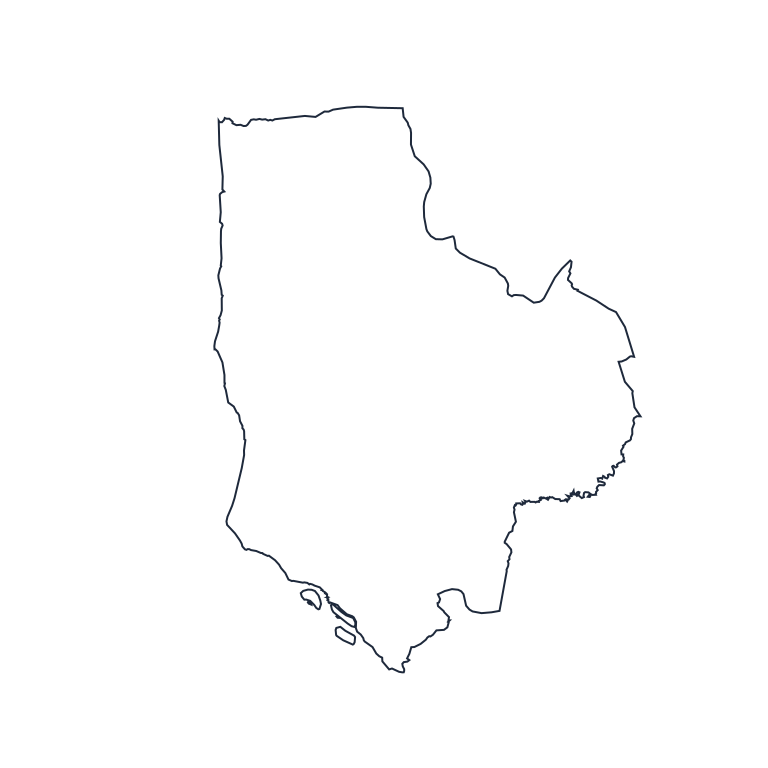 outline of Tanah Bumbu, Kalimantan Selatan, Indonesia, rotated 112°
{"feature_id": "22746128B5843223707622", "entity_name": "Tanah Bumbu", "entity_type": "district", "adm_level": 2, "iso_a3": "IDN", "parent_name": "Indonesia", "parent_adm1": "Kalimantan Selatan", "projection": "albers", "projection_center": [115.836, -3.459], "detail": "fine", "context": "isolated", "style": "outline", "palette": "slate", "viewbox_px": 768, "rotation_deg": 112, "n_neighbors": 0, "source": "geoboundaries", "source_scale": "gbopen_adm2", "svg_char_len": 6171}
<svg xmlns="http://www.w3.org/2000/svg" viewBox="0 0 768 768"><g transform="rotate(112 384 384)"><path d="M121.3,470.0L130.1,493.1L133.7,504.4L137.0,512.7L141.7,522.0L148.7,534.0L152.2,537.4L153.7,541.3L162.0,547.5L165.1,557.8L179.4,584.4L181.5,586.2L181.7,588.4L183.1,590.1L182.9,593.1L184.5,596.0L184.9,598.8L186.9,601.6L187.4,603.9L188.9,606.2L194.8,607.7L196.4,608.7L197.4,610.8L197.4,614.1L199.3,617.8L199.0,622.2L197.5,622.6L196.0,626.8L197.0,629.3L197.0,631.3L199.0,631.2L202.0,632.3L202.8,634.5L201.8,635.9L224.1,626.2L251.9,611.3L264.2,606.7L265.4,604.2L266.6,605.8L269.1,607.2L270.4,607.1L285.9,599.7L295.2,596.9L296.1,594.1L297.5,593.0L301.0,593.1L303.4,592.4L314.5,588.1L328.3,581.7L335.4,579.7L335.8,579.0L338.3,579.3L345.3,578.3L348.0,577.0L358.2,569.8L362.1,567.9L362.5,566.6L365.3,566.6L376.6,561.9L381.5,561.3L384.8,561.7L385.7,560.5L387.1,560.6L388.7,559.4L391.9,558.6L397.6,557.4L407.7,556.7L412.4,555.5L415.4,554.1L415.0,553.3L416.2,550.4L424.5,541.9L435.4,535.3L442.8,532.3L442.9,531.7L445.7,531.3L448.7,528.5L459.5,521.5L461.2,514.8L465.6,509.9L465.7,508.8L467.3,506.6L472.5,503.5L475.8,499.6L478.1,498.7L478.8,497.1L480.2,496.0L487.6,492.8L487.9,491.5L498.1,488.9L502.2,487.1L515.2,484.4L545.9,479.8L553.9,479.2L565.8,479.4L570.4,478.6L573.4,476.7L578.3,466.2L583.1,458.9L585.3,456.2L587.7,454.4L589.4,451.0L589.3,449.4L588.2,448.6L587.6,447.0L587.8,445.1L586.7,439.9L586.8,434.9L586.3,433.3L586.8,432.5L587.0,427.5L586.3,426.4L588.2,419.0L590.8,413.6L593.3,410.4L596.2,404.7L601.1,399.3L601.2,395.6L600.5,394.4L598.6,384.8L597.8,383.6L597.1,380.5L597.8,378.2L597.0,377.7L596.7,375.4L596.8,374.0L597.6,373.9L597.0,373.7L596.6,367.4L597.8,364.6L598.4,364.7L598.2,363.6L598.8,363.2L599.2,360.7L599.8,360.5L599.4,360.1L599.9,358.8L600.5,358.8L600.5,357.9L602.5,357.2L602.6,356.2L603.1,356.8L603.0,356.0L603.7,356.4L604.4,356.0L604.5,355.1L605.5,355.3L605.4,354.6L607.1,353.7L606.9,352.3L607.5,352.5L607.5,352.3L606.7,352.0L606.4,344.2L608.5,340.7L611.4,332.2L611.2,326.4L611.7,324.6L614.9,320.8L620.8,318.7L623.7,316.1L625.0,311.7L627.4,308.0L629.2,306.7L630.0,305.4L632.2,296.1L636.8,290.2L638.2,286.4L638.4,283.2L641.8,281.6L646.7,272.3L644.8,270.0L645.2,262.2L644.5,259.0L643.9,257.7L642.5,257.8L640.8,258.5L638.8,260.8L636.6,262.2L634.5,261.5L632.6,258.3L630.5,257.1L629.8,259.8L624.7,259.4L617.8,260.1L616.5,257.3L611.3,252.7L605.4,249.4L602.8,248.8L600.9,247.6L600.7,246.4L598.2,244.7L592.8,243.1L589.5,236.3L585.9,234.1L580.9,234.7L580.7,235.5L578.5,234.5L578.9,235.7L575.8,236.4L573.1,242.6L572.2,243.6L569.7,250.7L567.1,252.3L565.9,251.2L562.4,251.4L558.8,255.3L553.2,250.1L548.7,244.1L547.0,238.2L547.3,234.7L549.0,231.6L558.8,224.8L561.1,220.3L561.7,216.7L559.9,207.7L555.4,198.8L551.1,191.9L511.5,200.1L510.4,200.8L506.2,200.7L503.6,201.4L501.9,202.9L499.5,202.0L497.5,203.1L492.4,202.8L489.8,204.2L486.5,210.3L486.0,212.6L485.0,213.0L475.0,212.3L472.2,209.9L467.7,211.1L462.3,210.1L454.2,215.5L451.6,215.9L449.9,217.3L447.3,217.3L447.4,216.5L446.3,216.3L445.2,216.7L443.6,213.1L444.3,211.9L444.2,210.5L443.3,210.2L441.7,211.2L442.2,208.7L440.4,208.5L439.6,209.5L439.5,207.4L437.8,205.8L438.5,204.1L436.9,200.4L437.0,199.0L436.1,198.6L435.3,196.3L434.6,196.8L432.9,195.3L431.6,196.9L430.6,196.5L430.5,195.4L431.5,195.7L431.6,195.1L430.6,194.4L430.1,194.6L430.2,193.7L429.4,193.3L429.6,191.4L428.0,189.7L428.1,189.2L429.7,189.5L429.9,188.6L426.7,188.1L426.7,186.6L425.9,185.6L426.5,182.1L425.0,178.0L426.4,176.4L424.5,173.1L423.7,172.9L423.4,172.2L424.4,170.2L423.5,170.1L422.5,171.4L421.9,169.5L420.4,169.1L418.9,172.2L418.7,170.2L417.7,168.2L416.7,169.2L415.7,167.3L415.2,169.4L414.4,168.4L412.0,168.2L413.4,167.4L415.5,163.2L415.0,162.9L413.6,164.1L412.3,164.4L411.2,163.5L411.2,162.2L414.3,162.0L415.7,157.9L413.9,156.2L413.0,157.1L410.1,157.7L408.9,157.0L407.9,153.8L408.5,151.8L412.2,152.8L411.7,150.9L408.7,150.5L408.8,149.2L407.3,146.0L406.6,146.7L405.7,146.4L404.7,147.0L402.3,146.1L401.1,147.7L399.3,147.7L397.1,146.7L395.6,142.2L394.3,141.7L393.3,142.2L393.0,143.4L393.4,147.1L394.2,148.6L391.5,150.4L389.9,147.7L390.0,146.2L387.2,146.4L387.4,144.8L388.1,144.0L388.0,141.8L386.0,141.3L384.5,142.3L383.3,141.3L383.2,137.4L380.7,137.3L378.6,138.1L375.2,141.5L374.4,141.3L373.8,140.5L374.7,138.3L374.3,137.5L372.9,136.7L371.5,137.8L369.1,136.6L367.6,134.6L366.0,133.9L365.8,132.1L365.1,132.4L364.8,133.6L362.6,133.9L361.5,135.2L359.7,135.8L360.3,137.4L356.9,139.2L352.5,138.4L351.7,139.3L349.5,138.0L347.6,138.0L344.1,134.8L342.6,134.4L341.0,135.0L337.4,135.0L332.6,137.1L326.8,137.2L324.5,139.2L322.0,139.4L319.1,137.4L317.9,134.1L311.8,143.0L299.5,150.3L297.4,150.7L291.7,161.5L275.5,174.8L274.1,172.1L270.5,168.5L266.5,166.3L265.7,165.3L265.1,162.3L240.9,181.9L230.4,195.8L230.0,203.9L227.1,218.4L225.1,239.6L224.0,239.6L224.6,243.6L223.3,246.1L222.2,247.0L221.0,247.0L220.3,247.8L218.6,252.4L216.8,253.0L211.6,252.6L210.2,254.5L205.7,254.4L200.4,255.9L199.7,257.6L210.4,262.3L221.3,265.4L244.6,267.8L247.7,269.1L249.6,270.7L252.5,275.6L249.9,288.1L252.0,295.0L253.0,297.0L254.8,298.2L254.2,302.6L251.4,304.5L246.4,305.6L244.4,306.8L240.1,312.0L238.9,317.6L235.4,323.9L235.5,351.7L233.8,362.8L231.5,368.2L224.1,372.5L221.3,374.8L221.4,375.7L228.0,384.0L230.3,390.2L229.3,396.0L226.3,401.0L224.5,402.7L214.2,409.3L204.5,413.6L200.2,414.9L192.2,415.8L185.1,415.0L180.8,415.7L175.3,418.3L170.2,422.3L165.5,429.5L161.3,440.8L151.9,448.7L141.0,453.0L137.6,455.0L135.0,458.3L132.8,459.9L129.0,465.9L121.3,470.0ZM609.1,382.8L611.9,380.6L613.8,377.1L613.0,375.3L612.7,371.2L615.0,365.9L617.0,362.9L617.5,360.5L616.8,359.6L611.6,360.0L608.7,361.9L604.6,365.5L601.8,370.5L601.9,374.0L603.1,377.5L606.1,381.4L609.1,382.8ZM630.2,336.7L634.6,334.4L635.2,333.6L636.9,325.8L637.3,315.3L636.5,314.7L634.4,314.5L629.5,316.0L628.5,317.5L627.3,327.4L625.5,333.5L628.0,336.8L630.2,336.7ZM609.0,350.3L612.6,347.8L614.5,345.4L619.7,328.0L620.7,323.3L620.3,320.2L617.5,320.5L615.5,321.5L612.5,324.9L612.7,332.3L611.3,338.1L607.6,348.4L607.7,349.5L609.0,350.3ZM615.0,372.8L615.8,371.5L615.8,369.0L613.8,371.1L614.3,372.7L615.0,372.8ZM617.4,340.8L618.1,339.5L617.6,337.9L616.7,339.9L617.4,340.8Z" fill="none" stroke="#1e293b" stroke-width="2"/></g></svg>